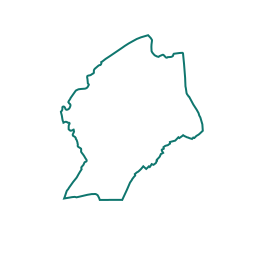 the district of Don Phut, Saraburi, Thailand, rotated 27°
{"feature_id": "78962969B98799129016302", "entity_name": "Don Phut", "entity_type": "district", "adm_level": 2, "iso_a3": "THA", "parent_name": "Thailand", "parent_adm1": "Saraburi", "projection": "robinson", "projection_center": [100.605, 14.605], "detail": "fine", "context": "isolated", "style": "outline", "palette": "teal", "viewbox_px": 256, "rotation_deg": 27, "n_neighbors": 0, "source": "geoboundaries", "source_scale": "gbopen_adm2", "svg_char_len": 5362}
<svg xmlns="http://www.w3.org/2000/svg" viewBox="0 0 256 256"><g transform="rotate(27 128 128)"><path d="M165.3,71.1L164.4,70.4L161.5,66.3L160.3,64.8L157.2,59.3L156.2,57.5L148.8,45.4L143.1,36.5L142.8,36.4L142.5,36.3L141.7,36.7L140.0,37.7L135.2,41.0L135.1,41.4L135.0,41.8L135.2,42.7L135.3,43.2L135.2,43.6L135.1,43.9L135.0,44.1L134.3,44.9L134.0,45.2L133.7,45.4L131.3,46.8L131.2,46.9L130.9,47.5L130.7,47.7L130.4,47.8L130.2,47.9L129.7,47.9L129.1,47.7L126.5,46.8L126.2,46.8L125.9,46.9L125.7,47.0L125.4,47.3L123.4,49.7L123.3,49.9L123.0,50.7L121.4,51.1L118.9,51.1L117.6,50.7L115.7,49.9L114.9,49.4L114.2,48.9L113.8,48.3L112.0,45.1L111.1,43.1L110.8,42.3L109.7,39.2L109.4,38.7L109.0,38.5L108.3,38.0L107.4,37.5L103.8,36.2L98.4,41.3L95.4,44.7L92.4,49.1L90.2,52.4L87.9,56.3L86.1,59.7L84.5,62.6L79.5,71.7L76.7,76.6L75.0,80.2L74.2,81.5L74.6,81.9L74.7,82.0L74.8,82.2L74.9,82.5L75.0,83.1L75.0,83.4L75.0,83.7L74.9,84.1L74.8,84.3L74.7,84.5L74.1,84.9L73.9,85.1L73.6,85.5L73.4,85.8L71.7,89.9L71.5,90.3L71.5,90.6L71.4,91.1L71.4,92.0L71.7,92.7L72.1,93.5L72.3,93.8L72.5,94.3L72.5,94.5L72.4,94.8L72.4,95.0L72.2,95.3L71.8,95.7L71.7,95.9L71.5,96.4L71.2,96.8L70.9,97.4L70.7,97.8L70.3,98.2L69.9,98.5L69.1,99.1L68.6,99.6L68.3,100.0L68.2,100.3L68.3,100.6L68.4,101.0L68.6,101.4L68.8,101.7L69.2,102.2L69.8,103.0L72.0,106.5L72.5,106.7L72.8,106.8L73.1,106.9L73.3,107.0L73.4,107.3L73.5,107.7L73.5,108.0L73.4,110.0L73.1,110.9L72.6,111.7L71.8,112.5L71.3,112.8L68.5,114.5L66.3,116.0L64.6,118.2L64.4,119.1L63.2,127.4L63.3,127.8L63.3,128.1L63.2,129.1L63.0,130.8L63.0,131.4L63.1,131.8L63.1,132.0L64.4,132.8L64.7,132.8L65.0,132.9L65.5,133.0L65.8,133.2L66.1,133.4L66.3,133.7L66.5,134.0L66.6,134.4L66.7,134.8L66.8,135.7L66.8,136.1L66.8,137.2L66.7,137.5L66.5,137.9L66.1,138.7L65.7,139.1L65.3,139.5L65.0,139.6L64.8,139.7L64.4,139.7L63.9,139.6L62.7,138.6L62.3,138.3L61.7,138.1L61.4,138.0L61.0,138.1L60.9,138.1L60.5,138.3L60.3,138.6L60.2,138.8L60.1,139.1L60.1,139.3L60.2,139.5L60.4,139.8L60.7,140.4L61.1,141.4L61.2,141.9L61.2,142.4L61.2,142.7L61.1,143.1L61.1,143.5L60.8,143.9L60.9,144.1L62.0,145.4L62.8,146.3L63.4,147.0L64.0,147.8L64.8,148.9L65.0,149.2L66.1,150.6L66.5,151.1L67.5,151.9L68.1,152.6L68.5,152.1L68.6,151.8L69.1,151.2L69.6,150.8L70.0,150.6L70.4,150.5L70.9,150.4L71.2,150.5L71.6,150.6L72.0,150.6L72.3,150.5L72.9,150.2L73.1,150.1L73.5,150.2L73.8,150.3L73.9,150.7L74.0,150.9L74.0,152.3L74.1,152.7L74.4,153.5L74.9,154.5L75.6,155.9L75.8,156.1L76.6,156.3L76.9,156.3L77.1,156.5L77.4,156.5L77.7,156.5L78.0,156.5L78.1,156.4L78.8,156.0L79.1,155.7L79.5,155.3L80.1,154.2L80.3,154.1L80.5,154.3L80.9,154.9L81.5,155.7L81.6,155.8L81.6,156.1L81.7,158.6L81.7,158.8L81.8,159.1L82.0,159.4L82.3,159.7L82.4,159.8L82.6,159.9L83.0,159.9L84.3,160.0L84.6,160.0L85.4,160.3L85.9,160.6L86.1,160.7L86.3,161.2L86.4,161.3L86.5,161.4L86.8,161.6L87.2,161.7L87.5,161.9L88.4,162.7L89.1,163.4L89.5,163.8L90.0,164.6L90.5,165.1L90.8,165.5L91.3,166.8L91.6,167.1L92.0,167.3L92.4,167.4L94.9,167.6L95.3,167.7L95.6,167.8L95.7,168.0L95.9,168.2L96.1,168.6L96.5,169.4L96.7,169.9L96.9,170.2L97.0,170.4L97.2,170.6L97.9,171.0L100.0,172.0L101.5,172.8L102.6,173.5L103.5,174.1L104.4,174.6L105.6,175.3L105.9,175.7L106.0,175.9L106.1,176.3L106.1,176.5L105.9,177.0L105.1,177.9L105.0,178.1L104.9,178.3L104.9,178.8L104.9,179.3L105.0,180.3L105.0,180.8L105.0,181.2L104.9,181.6L104.5,183.1L104.4,183.9L104.3,184.1L104.4,184.5L104.5,184.8L104.8,185.2L105.2,185.6L105.3,185.7L105.4,185.8L105.4,186.0L105.1,188.7L105.0,190.3L104.9,192.0L104.8,194.9L104.7,195.8L103.6,201.0L103.1,204.4L102.6,207.7L102.5,208.6L102.5,209.2L102.4,209.9L102.1,211.1L102.0,211.7L102.1,212.7L102.8,217.3L103.1,219.8L109.8,214.8L110.8,214.2L111.7,213.6L112.4,213.4L113.7,213.1L114.0,212.8L115.7,211.4L122.1,206.0L125.6,203.4L128.0,202.1L129.0,201.6L129.6,201.5L131.3,201.6L132.3,202.2L134.3,203.7L135.5,204.9L143.3,200.9L145.0,200.0L153.8,195.5L155.5,194.7L155.1,183.5L154.6,175.7L155.0,172.7L155.0,172.0L155.0,171.5L155.1,171.0L155.5,168.8L156.0,167.1L155.9,166.9L155.0,166.0L156.1,163.4L156.5,162.9L156.7,162.6L157.0,162.1L157.8,159.9L158.3,158.4L159.0,155.2L162.8,156.2L163.6,154.1L163.8,153.2L164.0,152.7L165.1,152.9L165.2,152.5L165.5,149.4L167.1,149.3L167.3,149.3L167.4,149.2L167.5,149.1L167.9,148.3L168.7,146.6L168.7,146.3L168.7,145.9L168.6,145.4L168.6,145.1L168.7,144.5L168.8,144.1L168.7,143.9L168.1,143.7L168.1,143.2L168.3,142.6L168.8,141.0L169.3,139.1L169.3,138.7L169.2,138.3L169.2,137.7L169.1,136.3L169.9,135.3L170.4,134.5L170.6,134.2L169.5,133.5L168.9,133.2L168.6,132.9L168.3,132.6L168.1,132.4L168.0,132.2L168.1,131.7L169.3,130.3L169.3,130.2L168.7,129.5L168.3,129.0L169.2,127.2L169.4,127.0L169.8,126.5L170.0,126.3L171.1,125.4L171.3,125.2L172.4,122.9L172.5,122.8L171.7,121.5L172.2,121.0L173.7,119.7L175.8,117.8L177.1,113.4L178.2,113.7L178.3,113.7L180.4,109.6L180.5,109.5L180.5,109.4L182.1,109.6L182.8,109.5L183.9,109.5L184.5,109.5L185.3,109.4L185.5,109.3L185.9,109.2L186.3,109.2L186.7,109.2L187.5,109.1L188.5,109.0L188.7,108.9L189.2,108.7L189.4,108.7L190.0,108.7L190.3,107.8L190.3,107.7L190.6,107.0L190.6,106.9L191.4,106.9L191.6,106.8L191.6,106.7L191.9,106.0L192.4,104.4L192.6,103.9L193.1,103.1L193.3,102.8L193.8,102.0L194.2,101.2L194.5,100.4L195.9,96.5L195.7,96.2L192.6,91.0L188.0,86.1L187.6,85.7L186.1,84.7L185.5,84.2L184.6,83.2L184.1,82.7L181.0,80.6L175.5,77.4L168.3,72.4L168.1,72.5L167.7,72.4L166.7,71.8L165.3,71.1Z" fill="none" stroke="#0f766e" stroke-width="2"/></g></svg>